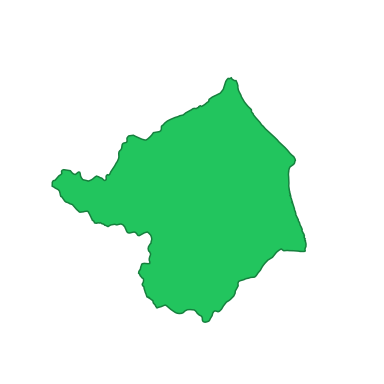 Bengkulu Selatan, Bengkulu, Indonesia (Robinson projection), rotated 208°
{"feature_id": "22746128B78254403614329", "entity_name": "Bengkulu Selatan", "entity_type": "district", "adm_level": 2, "iso_a3": "IDN", "parent_name": "Indonesia", "parent_adm1": "Bengkulu", "projection": "robinson", "projection_center": [103.039, -4.359], "detail": "fine", "context": "isolated", "style": "filled", "palette": "green", "viewbox_px": 384, "rotation_deg": 208, "n_neighbors": 0, "source": "geoboundaries", "source_scale": "gbopen_adm2", "svg_char_len": 5992}
<svg xmlns="http://www.w3.org/2000/svg" viewBox="0 0 384 384"><g transform="rotate(208 192 192)"><path d="M263.6,119.0L262.6,119.2L261.4,119.8L260.4,120.8L259.9,120.9L258.9,121.3L258.5,121.9L256.6,121.7L255.1,122.1L254.6,122.0L254.0,122.0L253.5,121.7L252.7,122.0L250.2,122.0L249.9,122.1L248.4,124.6L247.5,125.4L245.9,126.6L245.0,127.3L243.9,127.4L242.9,127.7L241.3,129.2L239.9,130.3L239.5,130.5L237.6,130.6L234.9,129.6L234.0,128.8L232.4,127.6L231.8,127.0L230.1,126.0L229.1,126.0L227.7,126.6L224.9,129.1L223.7,129.7L222.8,129.7L221.1,129.2L220.2,128.6L219.3,128.3L218.2,128.6L217.9,129.0L214.8,133.7L212.8,135.6L212.6,135.7L211.1,135.5L208.4,134.6L207.0,133.5L205.8,132.1L205.3,131.3L204.7,128.8L204.2,127.5L204.5,126.5L204.6,125.2L204.7,123.2L204.4,122.4L204.3,121.8L204.0,121.2L202.7,119.7L202.2,119.5L201.3,119.3L199.5,117.9L199.1,116.7L198.9,114.9L198.5,113.2L197.8,111.8L196.3,110.3L195.8,109.0L197.3,108.0L200.8,106.5L201.2,106.1L201.9,105.6L202.3,105.1L202.5,104.5L202.2,103.5L202.1,102.2L201.8,101.0L201.2,99.2L201.5,98.7L201.6,97.6L201.5,96.5L201.0,95.2L200.0,95.0L199.5,94.7L198.5,93.8L198.1,93.6L197.6,93.6L197.0,93.2L196.4,93.0L195.8,92.7L194.4,92.7L193.9,92.2L193.2,91.1L192.6,89.3L192.7,88.5L192.7,87.3L192.6,87.1L191.6,86.1L190.5,85.9L189.9,85.6L189.0,84.4L188.9,84.2L186.4,81.8L186.3,81.6L184.8,80.4L182.6,78.3L181.8,78.6L180.5,78.7L179.8,78.5L179.8,78.3L180.0,78.2L178.3,78.1L177.2,77.8L175.6,77.8L174.7,76.5L174.0,76.1L173.8,75.7L173.2,75.6L172.5,75.2L171.8,75.1L170.1,73.9L169.7,73.9L169.0,73.3L168.6,72.7L168.8,73.0L168.4,73.3L167.2,74.7L165.6,76.1L163.3,78.9L162.5,79.6L161.9,79.7L160.9,79.6L155.6,78.4L151.1,77.9L150.0,77.8L148.2,78.0L146.2,78.7L144.5,79.8L143.5,80.8L143.1,81.5L142.2,84.0L140.8,85.9L138.5,87.3L134.7,88.9L133.3,88.7L131.7,88.1L130.5,87.4L128.1,86.8L125.4,86.8L124.4,86.2L123.9,85.8L122.9,84.1L122.2,83.3L121.4,82.9L120.2,82.9L119.0,83.4L118.3,84.0L117.2,85.1L116.6,85.8L116.5,86.1L116.3,86.9L116.4,88.8L116.2,92.2L116.8,94.8L116.7,96.4L116.3,97.3L115.8,97.8L115.0,98.1L112.8,98.5L112.3,99.0L111.8,99.6L111.0,102.1L110.9,102.8L110.8,106.0L110.3,108.9L109.9,111.0L108.5,113.3L107.6,115.3L106.3,119.6L106.4,122.7L107.3,125.0L107.2,127.1L107.2,130.8L108.3,132.5L108.6,133.1L108.8,134.4L108.7,135.1L107.8,136.3L105.0,139.0L104.0,140.4L103.3,141.1L101.5,142.6L100.1,144.1L97.1,146.0L96.4,147.0L96.0,148.6L95.7,151.6L94.9,155.1L94.9,158.2L94.7,160.5L94.2,163.2L93.0,167.6L92.6,168.2L90.3,172.1L89.2,178.0L88.9,179.0L87.8,181.5L86.8,183.2L86.3,183.6L86.0,183.6L83.9,183.2L83.3,183.3L80.5,185.1L78.6,185.9L74.8,187.8L70.0,189.9L68.8,190.2L65.7,191.8L64.2,192.8L64.1,192.6L65.5,194.7L65.7,195.8L65.8,197.3L66.9,199.6L68.5,201.5L69.2,201.9L69.2,202.4L69.6,202.4L70.1,203.1L70.1,203.7L70.5,203.7L70.7,204.0L71.0,204.1L71.5,204.6L71.8,204.7L72.2,206.1L72.8,206.4L72.9,206.8L73.8,207.6L74.4,207.7L74.9,208.2L75.1,208.5L75.7,208.7L76.3,209.1L76.9,209.8L77.0,210.4L77.7,211.2L79.5,212.6L80.5,213.2L81.6,214.1L82.5,215.2L83.5,215.9L84.5,216.4L85.1,217.4L89.7,220.7L90.2,221.6L91.6,223.2L93.2,224.4L93.6,225.2L98.0,229.5L98.0,229.2L98.3,229.3L98.4,229.8L99.0,229.9L98.9,230.5L99.1,230.6L101.3,232.9L102.3,233.6L102.9,234.8L103.3,235.1L103.5,234.8L104.4,234.6L103.6,235.2L103.7,235.6L104.7,236.7L104.9,236.7L105.6,237.4L105.5,237.7L106.7,239.0L109.4,242.7L110.6,245.3L113.7,250.6L115.0,252.6L116.0,254.7L116.0,255.2L116.2,255.3L116.4,255.6L117.1,258.1L117.2,259.1L117.2,260.2L115.3,264.0L115.1,265.0L115.1,266.0L115.6,267.2L115.5,268.3L116.4,269.4L118.8,271.0L121.0,271.4L123.5,272.1L127.3,273.7L130.8,274.9L139.0,277.1L141.1,278.0L144.8,279.1L156.8,282.2L160.0,283.5L161.9,283.9L164.8,285.4L171.0,287.7L174.0,289.0L174.9,289.9L176.0,290.2L177.2,290.8L178.0,292.3L178.8,292.8L182.5,293.8L185.0,294.8L188.0,296.1L193.3,299.4L194.2,300.4L197.7,302.8L198.9,303.8L200.5,305.7L201.4,307.4L203.1,309.2L205.4,311.0L206.8,310.3L209.5,310.4L210.9,311.3L212.2,309.6L213.4,309.3L213.9,307.7L214.1,305.5L212.6,297.3L213.4,292.6L218.7,285.3L220.4,281.8L219.8,279.7L220.7,278.1L221.8,275.3L223.6,272.1L225.2,272.0L226.1,270.5L225.8,269.8L226.5,269.2L227.5,267.6L229.1,267.0L230.2,266.1L231.2,264.2L234.7,258.9L235.8,256.2L236.2,255.6L238.5,253.7L239.9,251.8L241.9,249.9L245.2,245.8L247.1,243.1L248.3,240.4L248.7,239.0L248.9,237.8L249.5,236.7L249.8,235.7L249.1,234.1L248.5,233.0L248.4,231.4L249.1,230.0L253.9,226.3L254.3,223.3L254.9,221.1L256.1,217.8L256.9,216.5L257.2,216.2L258.0,215.8L261.0,215.1L268.1,214.6L270.4,214.6L274.0,212.0L274.3,211.5L274.6,210.2L274.7,209.1L274.5,208.6L273.2,206.4L273.1,205.3L273.3,204.9L275.5,202.9L275.7,202.4L275.9,201.5L275.8,200.8L274.6,197.4L274.7,195.4L275.1,194.6L275.3,193.3L274.8,191.7L274.0,190.3L273.2,189.0L272.9,188.3L272.5,186.9L272.3,183.8L272.5,182.0L272.5,178.8L273.2,171.8L273.0,169.1L273.4,168.1L273.6,167.8L274.7,167.6L275.3,166.5L275.1,165.3L273.8,163.1L273.7,162.7L273.8,162.2L274.0,161.7L274.5,161.2L274.9,161.1L275.8,161.2L277.8,161.8L278.6,161.8L279.7,161.5L281.6,161.6L283.8,161.2L284.7,159.6L285.8,156.8L286.6,155.4L288.3,153.3L288.6,153.2L288.8,152.8L289.8,152.8L293.8,151.7L294.6,151.8L296.1,152.5L297.8,153.7L299.6,156.0L300.4,156.7L300.7,156.7L301.6,156.3L301.9,155.7L303.0,153.2L303.3,152.7L304.9,152.3L306.8,152.6L309.4,153.7L309.7,153.6L315.7,151.5L316.3,150.9L316.7,150.4L316.9,149.9L316.9,149.1L316.8,148.8L315.6,147.1L316.0,145.7L317.1,143.8L318.4,138.1L318.7,137.8L319.5,137.1L319.8,136.8L319.9,135.7L319.9,135.0L318.2,131.5L315.9,131.5L314.9,131.3L312.0,131.3L310.9,131.2L309.5,130.6L307.7,128.7L306.7,127.4L305.7,126.5L305.0,126.7L302.7,125.6L300.2,124.3L299.0,124.0L298.5,124.0L296.8,124.3L296.7,124.4L294.1,124.3L293.2,124.6L292.9,124.5L291.8,124.8L285.9,122.5L284.1,122.0L283.7,122.0L282.7,121.6L281.7,121.5L281.1,121.8L278.5,123.6L277.5,124.6L276.3,125.3L275.8,125.8L275.5,125.8L275.0,125.9L274.1,125.8L273.7,125.3L272.6,124.7L269.6,122.5L269.0,122.1L268.1,121.3L267.6,121.1L266.9,120.4L266.7,120.5L266.0,120.2L265.4,120.3L264.5,119.8L263.6,119.0Z" fill="#22c55e" stroke="#15803d" stroke-width="1.5"/></g></svg>